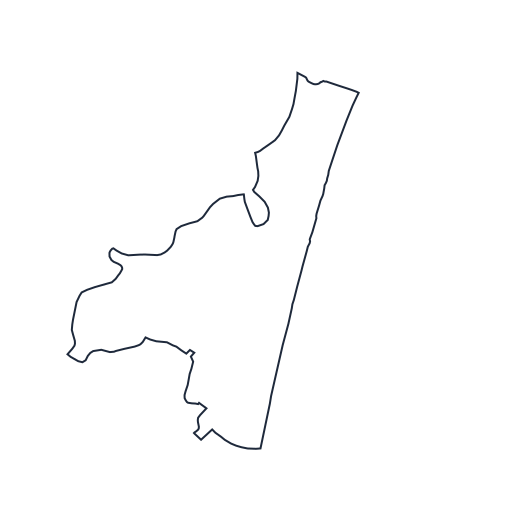 Ngu Hanh Son, Đà Nẵng, Vietnam (Natural Earth projection), rotated 37°
{"feature_id": "81297802B96824977906351", "entity_name": "Ngu Hanh Son", "entity_type": "district", "adm_level": 2, "iso_a3": "VNM", "parent_name": "Vietnam", "parent_adm1": "Đà Nẵng", "projection": "natural_earth1", "projection_center": [108.243, 16.007], "detail": "fine", "context": "isolated", "style": "outline", "palette": "slate", "viewbox_px": 512, "rotation_deg": 37, "n_neighbors": 0, "source": "geoboundaries", "source_scale": "gbopen_adm2", "svg_char_len": 3312}
<svg xmlns="http://www.w3.org/2000/svg" viewBox="0 0 512 512"><g transform="rotate(37 256 256)"><path d="M138.7,390.0L139.0,393.8L140.4,400.7L148.2,417.0L150.4,421.1L153.4,425.9L153.8,426.2L157.1,428.8L162.4,432.8L164.2,435.0L165.0,436.9L165.1,440.7L164.6,447.9L168.6,448.1L177.3,447.0L181.3,445.3L182.7,441.8L181.8,437.0L182.0,433.1L183.2,429.9L188.9,424.0L197.1,420.7L200.2,417.9L201.3,416.1L206.8,409.3L213.6,401.4L216.0,397.8L216.6,396.6L216.9,395.6L217.1,394.3L217.3,392.7L216.8,387.5L221.7,386.4L227.7,384.1L236.8,378.5L243.4,377.4L247.0,376.3L253.0,376.3L259.1,375.9L259.8,370.8L262.3,370.6L264.9,370.4L264.5,375.5L269.4,378.2L272.3,385.0L274.0,390.1L276.5,395.0L279.1,400.2L281.2,406.5L282.6,410.0L283.6,411.3L284.6,412.5L286.9,413.6L288.8,414.2L290.0,414.1L293.4,412.3L296.4,410.3L298.9,409.1L298.9,407.6L299.0,407.6L308.1,407.5L307.7,411.1L307.1,416.7L307.1,420.0L308.2,422.0L309.5,423.5L313.1,426.7L314.0,428.1L314.3,429.4L313.8,431.9L313.1,433.8L313.0,434.7L314.2,434.9L322.7,435.8L325.4,420.9L329.9,421.6L337.0,421.4L341.7,421.6L349.0,420.8L354.4,419.4L359.4,417.5L365.1,414.8L372.0,410.0L375.4,407.0L356.0,365.7L352.3,358.7L330.9,311.0L322.7,290.7L316.1,276.3L314.1,272.6L312.7,268.4L307.3,255.6L301.2,240.5L299.4,236.3L297.9,232.5L293.6,221.6L291.8,217.4L291.2,213.6L290.4,211.8L288.9,210.4L288.7,209.8L286.7,203.1L281.5,189.5L280.0,187.8L278.9,185.7L276.1,178.0L274.1,172.9L273.1,168.2L272.4,166.1L269.9,161.1L268.2,158.2L267.9,155.8L267.3,153.3L266.1,151.1L264.9,147.8L262.9,144.2L258.6,131.5L254.2,118.4L246.8,93.4L242.6,77.7L240.7,68.7L239.8,63.9L237.5,64.3L234.2,65.3L232.8,65.7L228.0,67.3L219.9,70.1L211.5,72.9L207.2,74.3L206.7,74.7L206.2,75.1L205.8,75.3L205.5,75.4L204.4,75.7L204.1,76.5L203.4,77.9L203.1,78.1L202.9,78.3L202.8,78.8L202.8,79.3L202.7,79.8L202.4,80.4L202.1,81.0L201.6,81.7L200.7,82.6L200.4,82.9L199.7,83.4L199.1,83.7L198.8,83.9L197.9,84.2L196.1,84.6L193.7,85.0L192.8,85.1L192.2,85.0L191.6,84.9L189.8,84.0L189.1,83.6L188.6,83.4L188.2,83.4L187.8,83.4L186.9,83.5L178.9,84.8L182.4,89.6L188.5,100.2L191.7,106.6L194.5,112.1L195.7,115.3L196.4,117.2L198.9,124.8L200.1,134.7L201.1,140.3L201.5,143.4L201.7,144.8L201.8,146.1L201.5,152.1L199.4,158.8L197.1,165.7L196.0,169.6L194.9,171.8L193.2,174.1L195.8,176.3L201.7,182.3L204.2,184.8L206.8,187.1L209.7,190.6L212.1,195.0L213.7,201.5L213.8,205.0L216.0,205.9L222.8,206.4L230.3,207.5L236.4,210.2L240.2,213.6L242.0,216.5L243.7,220.2L243.3,222.5L243.2,223.4L242.8,226.0L239.3,231.2L237.5,232.3L237.2,232.4L235.0,231.8L232.8,231.0L228.1,228.2L220.7,223.5L214.5,219.5L212.4,217.5L209.2,214.1L208.9,214.3L204.9,218.2L201.7,221.9L196.9,226.2L192.6,232.0L190.4,240.2L189.9,244.7L190.2,255.6L190.0,257.8L189.1,260.7L188.3,263.4L186.7,265.5L183.2,269.9L178.3,277.1L176.4,282.3L177.0,284.8L179.0,289.1L179.8,290.6L181.6,294.5L182.1,296.1L182.3,298.0L182.4,300.1L181.8,305.2L180.9,308.2L179.0,312.1L176.5,314.8L166.5,321.6L162.4,324.8L153.6,332.3L147.2,334.8L141.2,335.6L137.5,335.7L136.8,336.7L136.7,337.6L136.6,338.9L136.7,340.4L137.1,341.7L138.1,343.0L139.4,344.6L141.4,345.5L142.9,346.2L145.8,346.3L150.4,345.2L153.3,344.9L154.0,345.0L154.9,345.2L155.4,345.5L156.1,345.9L157.0,346.9L157.3,348.6L157.7,351.9L157.6,354.4L157.7,358.6L156.7,363.8L153.4,368.1L146.2,377.6L141.5,384.6L138.7,390.0Z" fill="none" stroke="#1e293b" stroke-width="2"/></g></svg>